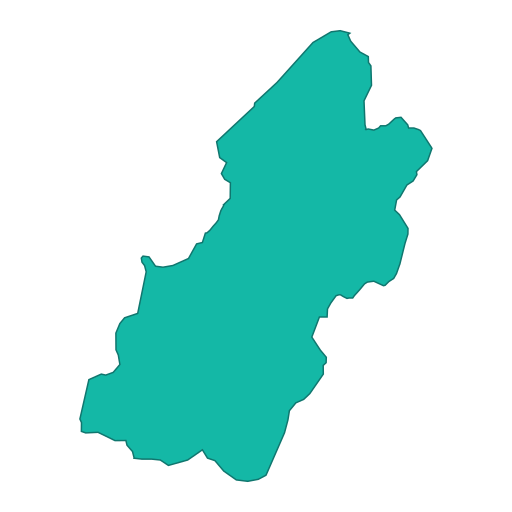 outline of Fria, Fria, Guinea
{"feature_id": "49546643B99930178329351", "entity_name": "Fria", "entity_type": "district", "adm_level": 2, "iso_a3": "GIN", "parent_name": "Guinea", "parent_adm1": "Fria", "projection": "robinson", "projection_center": [-13.565, 10.528], "detail": "fine", "context": "isolated", "style": "filled", "palette": "teal", "viewbox_px": 512, "rotation_deg": 0, "n_neighbors": 0, "source": "geoboundaries", "source_scale": "gbopen_adm2", "svg_char_len": 1949}
<svg xmlns="http://www.w3.org/2000/svg" viewBox="0 0 512 512"><path d="M134.0,458.2L141.8,459.1L151.5,459.1L160.3,460.0L168.4,465.4L187.7,460.0L202.4,449.8L207.5,458.1L214.9,460.6L223.8,471.1L236.3,479.9L247.7,481.3L258.3,479.3L266.0,475.2L284.5,432.8L287.9,420.0L289.4,410.7L295.9,402.8L303.8,399.3L309.8,393.6L323.3,374.1L323.2,365.4L326.1,362.7L326.3,357.3L320.3,350.1L311.8,337.1L319.4,317.0L327.1,317.0L327.5,308.9L330.8,303.0L336.1,295.7L338.9,294.8L340.5,294.8L343.4,296.6L347.0,298.4L349.0,298.0L352.7,298.0L354.3,295.7L359.6,289.8L364.5,283.9L367.3,282.1L373.8,281.2L383.5,285.7L385.1,285.3L388.8,281.6L393.7,278.4L396.5,273.5L399.6,264.7L399.8,264.3L405.0,243.4L407.9,234.1L408.0,228.4L399.5,214.7L394.7,210.1L396.6,199.9L400.0,197.0L406.9,185.0L413.1,181.0L416.9,174.7L416.4,171.6L427.6,160.7L432.1,147.9L432.0,148.2L431.9,148.2L420.5,130.6L418.6,129.6L413.9,128.0L408.6,128.0L407.7,124.8L401.0,117.3L395.8,117.9L394.4,118.9L392.0,121.1L388.7,124.2L385.8,125.8L380.6,125.8L378.7,128.0L373.9,130.1L368.2,129.0L365.9,129.6L365.6,129.3L366.0,128.8L365.0,124.8L364.0,100.8L371.5,85.3L370.9,65.9L368.5,62.5L368.3,56.6L359.9,52.0L350.7,41.2L347.8,34.7L349.8,33.2L349.2,33.0L340.2,30.7L331.2,31.8L313.0,42.5L276.9,82.6L254.7,103.1L254.3,106.5L216.6,141.7L219.7,157.6L226.6,162.6L221.4,173.6L224.7,179.3L230.4,182.7L230.2,198.4L223.6,204.7L223.8,204.8L223.7,204.9L223.3,206.3L221.7,209.0L220.8,210.8L219.2,215.8L218.4,219.9L216.0,223.1L213.1,226.3L209.9,230.3L206.9,232.9L205.4,233.1L202.4,242.5L196.6,243.9L188.5,258.5L172.9,265.5L163.0,267.2L155.5,266.2L149.0,256.9L143.0,256.1L141.3,258.1L142.0,262.2L144.6,265.6L146.2,271.8L137.7,313.4L124.6,317.8L119.9,323.5L115.9,333.1L116.0,349.8L118.3,355.0L119.9,364.5L113.2,372.4L105.7,375.1L101.3,374.1L88.9,379.6L79.9,419.0L81.5,422.6L81.4,431.4L85.7,432.9L98.0,432.3L115.0,440.6L125.9,440.5L127.0,445.2L132.5,451.5L134.1,457.9L134.0,458.2Z" fill="#14b8a6" stroke="#0f766e" stroke-width="1.5"/></svg>